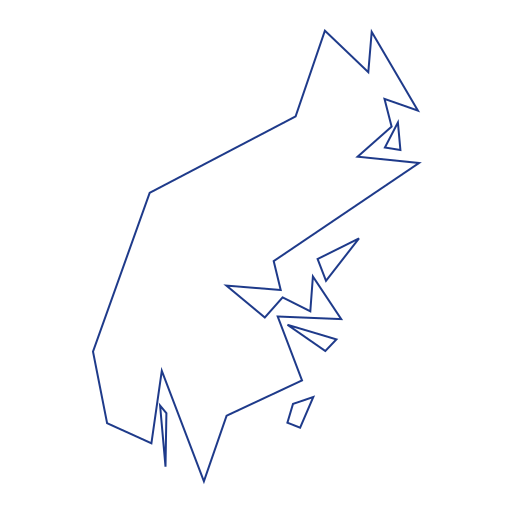 map outline of Stockholm (Albers equal-area conic projection)
{"feature_id": "SWE-194", "entity_name": "Stockholm", "entity_type": "County", "adm_level": 1, "iso_a3": "SWE", "parent_name": "Sweden", "parent_adm1": "", "projection": "albers", "projection_center": [18.361, 59.539], "detail": "coarse", "context": "isolated", "style": "outline", "palette": "blue", "viewbox_px": 512, "rotation_deg": 0, "n_neighbors": 0, "source": "natural_earth", "source_scale": "10m", "svg_char_len": 702}
<svg xmlns="http://www.w3.org/2000/svg" viewBox="0 0 512 512"><path d="M324.9,30.7L368.3,72.2L371.7,31.9L417.9,110.6L384.5,98.9L391.6,126.6L357.6,156.7L419.0,163.0L273.7,261.1L280.7,290.0L226.4,285.6L264.8,317.5L282.6,297.4L310.3,311.3L312.9,276.5L341.2,319.1L277.7,316.5L302.0,380.4L226.6,415.7L203.9,481.3L161.8,370.8L151.4,443.3L107.1,423.2L93.0,351.6L149.7,192.8L295.6,116.4L324.9,30.7ZM359.0,238.4L326.0,280.8L317.6,259.0L359.0,238.4ZM166.4,413.2L165.5,466.7L160.1,405.6L166.4,413.2ZM313.3,397.0L300.1,427.7L287.4,422.7L293.0,403.9L313.3,397.0ZM325.3,351.0L287.5,324.8L336.4,339.4L325.3,351.0ZM397.9,122.5L400.4,150.0L384.9,147.5L397.9,122.5Z" fill="none" stroke="#1e3a8a" stroke-width="2"/></svg>